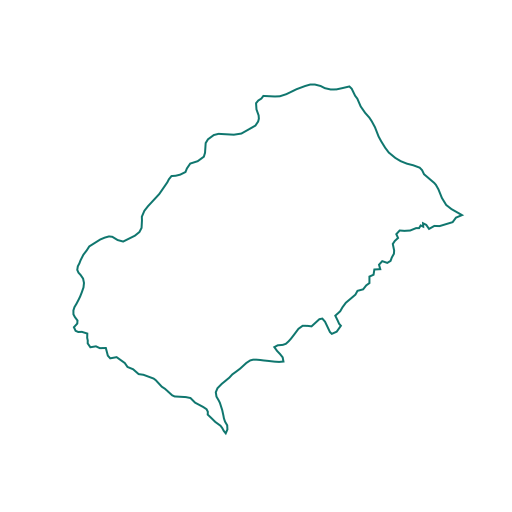 the district of Gouvelândia, Goiás, Brazil, rotated 233°
{"feature_id": "56859067B54351954418450", "entity_name": "Gouvelândia", "entity_type": "district", "adm_level": 2, "iso_a3": "BRA", "parent_name": "Brazil", "parent_adm1": "Goiás", "projection": "natural_earth1", "projection_center": [-50.175, -18.504], "detail": "fine", "context": "isolated", "style": "outline", "palette": "teal", "viewbox_px": 512, "rotation_deg": 233, "n_neighbors": 0, "source": "geoboundaries", "source_scale": "gbopen_adm2", "svg_char_len": 2895}
<svg xmlns="http://www.w3.org/2000/svg" viewBox="0 0 512 512"><g transform="rotate(233 256 256)"><path d="M379.4,358.2L378.5,355.0L378.8,351.4L378.0,348.0L372.8,344.6L366.7,342.7L363.9,340.9L362.1,338.6L360.5,334.0L362.6,318.0L366.2,311.3L376.1,299.6L378.0,295.1L378.1,287.9L376.5,283.8L369.1,277.4L366.7,274.1L366.8,266.5L369.4,259.1L367.5,253.5L365.5,250.2L366.6,244.4L368.4,240.2L370.7,236.6L369.7,232.6L368.2,229.5L363.7,216.0L360.8,199.8L359.3,194.1L356.1,188.5L353.0,186.3L347.3,181.5L345.3,177.3L345.1,171.5L347.5,158.6L352.0,155.1L357.8,152.8L360.1,150.4L361.7,146.3L362.9,141.6L364.0,128.6L362.4,124.3L360.9,118.9L358.1,113.2L356.4,110.5L355.0,107.5L352.5,104.9L349.5,104.2L346.4,104.5L342.0,104.3L338.0,102.4L334.7,99.3L331.7,94.8L329.5,91.2L327.9,88.1L326.0,84.1L324.4,80.2L322.4,77.4L319.3,75.1L316.3,74.6L311.9,74.6L309.6,72.6L308.7,67.7L304.8,66.9L302.3,68.3L300.2,71.3L295.6,74.6L292.2,71.9L289.8,70.8L287.5,69.0L282.8,68.8L280.2,73.8L276.4,75.8L272.9,80.7L265.6,77.7L262.0,78.0L259.1,83.8L249.5,86.8L244.7,86.6L239.5,89.7L232.3,91.2L228.9,94.6L219.7,100.5L217.2,101.2L208.3,102.1L204.7,103.4L195.2,105.2L192.8,106.5L185.5,115.1L182.0,118.2L175.5,119.1L167.1,123.0L163.4,124.3L160.6,123.8L158.4,122.0L152.9,122.9L148.0,123.6L141.8,125.5L138.9,125.5L135.7,125.0L132.6,125.1L134.7,128.8L138.1,131.1L142.4,131.6L145.7,132.7L148.1,133.9L153.3,136.3L160.5,138.8L163.2,139.3L167.5,139.8L171.4,141.9L173.6,145.7L174.5,151.8L174.9,161.5L175.7,165.8L175.6,170.5L175.6,175.6L176.4,183.9L176.1,188.5L174.9,191.4L172.9,194.0L170.3,196.9L168.2,199.0L164.5,203.0L160.4,207.3L157.5,210.7L155.2,214.4L159.0,216.3L163.1,216.2L167.5,215.7L172.2,215.8L171.6,219.6L168.9,223.9L167.9,227.0L168.2,230.5L168.9,234.1L170.3,239.2L172.3,246.1L172.2,251.2L169.3,255.0L166.4,258.0L167.4,268.6L166.1,271.3L162.0,271.6L157.1,270.6L150.8,269.3L148.2,269.7L147.0,274.9L149.2,281.8L151.9,281.6L154.9,282.3L160.6,283.4L161.2,290.0L163.0,294.2L164.6,299.6L165.3,312.1L167.1,316.1L164.9,321.5L166.2,326.4L166.1,330.3L171.3,334.2L170.3,338.6L174.0,342.4L170.7,347.3L175.0,349.0L175.9,353.7L171.5,356.7L171.1,360.5L173.1,363.6L174.8,367.5L177.2,369.6L183.3,372.5L184.5,376.0L184.9,380.3L189.0,381.2L189.9,386.1L186.8,389.6L183.6,394.4L181.9,400.7L180.1,403.0L181.3,405.9L178.8,407.2L181.6,409.1L178.4,410.7L173.5,410.5L172.7,416.5L169.4,420.6L164.7,433.4L166.3,438.8L164.7,445.1L175.9,440.3L182.3,438.6L190.5,439.4L199.4,441.8L204.6,442.5L207.2,442.3L211.6,441.3L220.2,439.4L224.6,440.3L228.0,439.9L233.8,436.2L238.9,432.1L244.7,428.6L250.4,426.3L258.7,424.3L264.7,424.3L272.2,425.0L277.6,425.8L287.2,428.5L293.8,429.5L298.3,429.8L304.7,429.3L312.4,429.6L320.7,431.6L324.4,431.6L332.0,433.1L335.2,432.6L338.2,425.8L340.7,420.4L344.1,415.8L348.6,412.0L352.9,409.9L357.4,406.3L360.3,402.5L362.2,397.5L364.8,388.8L367.0,377.6L369.2,371.2L372.0,367.1L379.4,358.2Z" fill="none" stroke="#0f766e" stroke-width="2"/></g></svg>